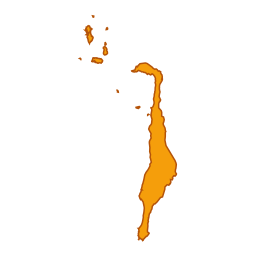 Antique, Antique, Philippines (Equal Earth projection)
{"feature_id": "2640588B32523752073662", "entity_name": "Antique", "entity_type": "district", "adm_level": 2, "iso_a3": "PHL", "parent_name": "Philippines", "parent_adm1": "Antique", "projection": "equal_earth", "projection_center": [121.674, 11.308], "detail": "fine", "context": "isolated", "style": "filled", "palette": "amber", "viewbox_px": 256, "rotation_deg": 0, "n_neighbors": 0, "source": "geoboundaries", "source_scale": "gbopen_adm2", "svg_char_len": 5604}
<svg xmlns="http://www.w3.org/2000/svg" viewBox="0 0 256 256"><path d="M131.7,70.9L131.8,71.2L132.8,71.7L134.3,72.0L135.5,71.8L135.8,71.6L136.6,71.8L137.5,71.3L137.7,70.8L138.6,70.4L139.4,70.9L139.8,70.8L140.9,71.3L141.4,71.8L143.0,71.9L144.1,72.5L145.0,72.4L146.1,73.1L147.4,74.4L147.7,74.2L148.1,73.7L148.4,73.6L150.5,74.9L151.3,74.6L151.9,73.9L152.3,73.9L153.0,74.4L154.1,75.6L155.1,77.3L155.5,78.8L155.3,79.5L155.6,81.0L155.1,82.6L155.6,84.3L155.6,85.8L155.2,87.6L155.1,90.7L154.8,91.5L154.8,92.6L154.3,94.1L154.2,96.3L153.5,99.0L154.1,101.8L154.1,103.5L153.0,106.7L151.7,107.8L151.0,107.7L151.0,108.1L151.6,108.8L151.8,110.3L150.9,115.1L151.1,115.2L150.9,115.4L152.0,119.4L151.6,123.2L151.2,124.4L149.6,126.2L148.7,129.0L149.1,130.0L151.1,133.7L150.7,135.6L151.1,138.1L149.4,141.3L149.5,142.2L149.3,142.6L149.9,147.6L149.7,151.6L150.5,154.6L150.1,157.3L150.5,158.6L151.3,162.3L149.9,164.2L150.0,165.9L149.7,166.6L148.1,169.6L146.1,172.3L144.8,174.9L143.9,179.5L142.9,183.4L142.2,185.1L142.1,186.2L141.3,189.5L141.5,189.6L141.3,189.7L141.5,189.9L141.2,189.8L141.2,190.1L141.5,190.2L141.2,190.3L141.0,191.7L140.0,193.5L139.5,195.2L139.1,195.9L140.1,198.8L140.5,199.3L140.6,198.9L141.3,199.2L143.1,201.9L144.2,207.0L144.3,208.4L143.9,212.3L143.2,215.8L143.3,217.3L142.9,219.8L142.3,222.7L141.4,225.1L140.5,226.4L139.3,227.9L139.1,228.3L138.3,228.4L138.7,228.8L138.7,229.7L139.0,230.7L139.0,231.4L138.6,231.5L138.5,231.9L138.8,232.6L138.3,233.3L138.5,234.1L138.1,235.6L138.6,235.7L138.9,236.5L138.7,237.1L139.3,237.8L140.2,238.2L141.1,239.1L142.8,239.7L142.4,240.2L142.6,240.6L143.1,240.3L142.9,239.7L143.3,239.5L143.4,239.1L144.4,238.6L144.9,237.6L145.8,237.0L146.1,236.4L147.3,236.0L149.1,233.4L149.1,233.1L147.5,231.9L147.4,230.6L147.9,225.9L147.7,223.3L147.9,223.3L148.0,222.7L148.4,221.4L148.0,220.8L148.2,220.4L148.1,220.1L148.4,219.1L148.4,217.8L148.7,217.8L149.1,214.9L149.5,213.5L150.6,212.4L150.6,211.6L150.9,211.2L151.0,210.5L151.9,209.0L152.3,206.3L154.1,203.9L155.0,203.9L157.0,202.0L160.5,197.5L162.5,196.9L164.8,189.3L164.9,187.0L167.1,184.7L168.9,185.2L169.8,183.6L170.2,183.8L170.7,182.7L170.8,181.8L170.5,179.5L172.3,179.8L172.8,178.5L172.4,177.9L172.5,177.5L173.8,175.7L174.9,176.1L175.0,175.7L175.4,175.7L176.3,174.7L176.4,173.7L175.7,172.8L175.3,171.6L175.5,169.5L175.9,168.2L176.3,164.5L175.9,162.8L174.9,160.4L166.0,145.6L164.9,140.1L165.3,136.4L165.3,132.4L165.8,131.6L165.3,130.3L165.2,129.1L164.9,127.8L163.4,124.9L163.2,123.6L163.2,123.1L163.5,122.6L164.0,120.9L164.2,119.5L163.5,117.0L162.1,116.4L161.7,116.1L161.7,112.3L161.2,110.7L158.7,107.8L158.7,104.4L158.8,103.2L159.6,101.4L159.9,101.5L160.3,100.8L160.6,99.9L159.1,96.6L159.5,93.9L160.0,91.9L159.7,90.9L159.4,89.0L159.4,87.7L159.5,87.4L159.4,86.2L159.8,84.4L162.0,80.7L162.4,79.4L162.3,78.2L161.9,78.5L162.3,76.8L161.9,74.8L161.3,74.3L161.1,73.7L160.6,73.0L160.7,71.8L159.2,70.9L158.4,71.1L158.1,70.9L157.3,69.8L156.3,69.0L155.6,69.0L154.8,69.3L153.2,68.3L152.1,67.1L148.3,64.3L146.9,63.4L145.3,63.0L140.0,63.7L138.0,65.7L137.5,66.8L136.6,66.3L136.2,66.4L134.9,70.0L131.7,70.9ZM88.8,25.7L88.3,26.1L87.8,26.0L86.9,27.1L86.4,27.0L86.2,26.5L86.3,28.2L85.9,28.5L85.8,29.0L86.1,29.2L86.3,28.7L86.5,29.0L86.0,29.5L86.0,29.3L85.8,29.3L85.8,29.5L85.7,29.3L85.7,30.3L85.4,30.3L85.8,30.6L85.3,30.5L85.8,31.0L86.0,30.7L85.8,30.4L85.9,30.2L86.0,30.5L86.1,30.3L86.1,30.9L86.8,31.0L87.0,30.8L87.2,33.0L87.4,32.9L88.0,31.7L88.0,32.2L88.8,32.6L88.8,33.4L88.4,33.9L87.8,34.0L87.9,34.4L87.6,34.2L87.3,34.5L86.8,34.3L86.8,34.6L86.3,34.5L86.2,34.6L87.2,34.7L87.1,35.0L87.4,35.9L87.1,37.5L87.3,37.7L87.5,37.6L87.7,37.9L87.7,38.8L88.1,39.2L88.1,40.3L88.4,40.8L88.4,41.6L89.5,43.5L89.6,43.0L90.6,41.9L90.7,41.4L91.3,41.4L91.7,40.9L91.8,40.4L92.3,40.1L92.7,38.5L92.9,38.3L93.1,37.8L92.7,36.7L92.2,36.2L91.7,36.5L91.5,36.4L91.3,35.0L91.0,34.7L90.9,34.6L90.4,31.7L90.2,31.5L90.0,32.1L89.8,32.0L90.2,30.8L90.2,31.4L90.3,30.8L90.8,31.4L91.0,31.5L90.4,30.7L90.7,30.0L91.0,29.8L91.1,29.1L91.7,29.4L91.9,29.1L91.2,29.0L91.0,28.7L91.1,28.3L89.9,27.8L90.0,27.3L89.6,26.2L88.8,25.7ZM96.2,57.9L94.4,57.9L94.3,58.2L93.6,57.8L93.0,57.9L92.4,59.8L92.6,60.2L92.3,60.2L92.0,60.7L91.7,61.5L91.8,62.0L91.8,61.8L91.9,61.7L92.8,61.7L92.9,61.4L93.7,61.3L94.1,61.1L93.9,61.6L94.1,61.8L94.7,62.0L94.9,61.6L95.3,61.5L95.5,61.6L95.5,62.5L97.2,62.7L97.3,63.0L97.8,63.2L98.3,63.2L98.6,62.9L99.2,62.7L101.2,63.1L101.6,62.3L102.1,62.2L102.6,61.0L102.6,60.5L101.7,59.4L101.2,59.2L101.0,58.7L99.6,58.8L99.3,58.5L99.0,58.6L97.9,58.3L97.5,58.4L97.3,58.3L97.2,58.0L96.6,57.9L96.5,58.1L96.2,57.9ZM104.8,46.5L104.6,46.8L103.5,47.2L103.3,47.8L103.4,48.5L103.9,48.8L104.2,49.5L103.5,52.7L103.5,53.7L104.0,54.5L104.8,55.0L106.6,54.4L107.5,53.2L107.3,51.6L106.7,50.9L106.5,50.2L106.6,49.8L106.9,49.7L106.8,49.0L106.1,47.7L105.2,46.9L105.3,46.7L105.2,46.8L104.8,46.5ZM139.3,106.5L136.0,107.3L136.0,107.5L136.2,107.9L138.4,108.5L139.8,107.2L139.7,106.7L139.3,106.5ZM107.1,27.7L106.6,28.1L106.2,29.6L107.1,29.5L107.6,29.1L107.6,28.2L107.1,27.7ZM105.4,42.6L105.1,42.7L105.0,43.5L105.1,43.8L105.1,44.5L104.9,44.7L105.1,45.3L105.4,44.5L106.0,44.5L106.1,44.1L106.0,43.7L105.4,42.6ZM117.1,90.3L117.6,91.5L117.5,92.0L118.3,92.2L118.2,91.4L118.0,90.9L117.5,90.3L117.1,90.3ZM93.8,15.4L93.6,16.1L92.6,15.9L93.1,17.1L93.6,17.1L93.7,16.8L93.8,15.4ZM80.1,58.2L79.6,58.5L80.2,58.7L80.8,59.4L80.9,59.1L80.7,58.7L80.1,58.2ZM148.5,114.2L147.7,114.5L147.7,115.2L148.0,115.0L148.3,114.6L148.8,114.5L148.5,114.2ZM138.8,238.9L138.5,239.3L138.8,239.6L139.1,239.1L138.8,238.9ZM86.7,31.8L86.4,32.0L86.5,32.3L86.9,32.4L86.8,32.0L86.9,31.9L86.7,31.8Z" fill="#f59e0b" stroke="#b45309" stroke-width="1.5"/></svg>